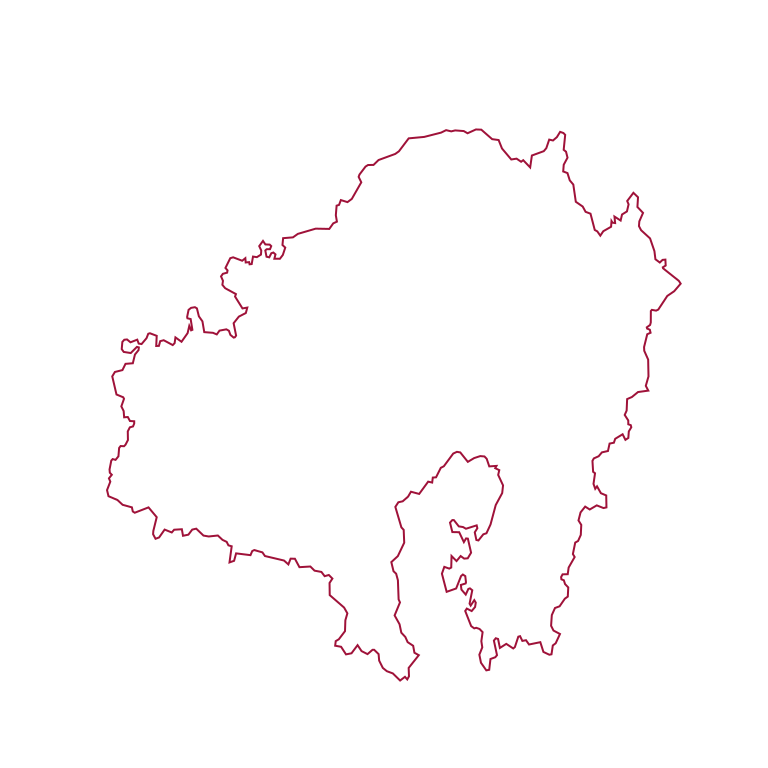 an SVG outline of Bashkortostan, rotated 103°
{"feature_id": "RUS-2378", "entity_name": "Bashkortostan", "entity_type": "Republic", "adm_level": 1, "iso_a3": "RUS", "parent_name": "Russia", "parent_adm1": "", "projection": "robinson", "projection_center": [56.933, 54.055], "detail": "fine", "context": "isolated", "style": "outline", "palette": "rose", "viewbox_px": 768, "rotation_deg": 103, "n_neighbors": 0, "source": "natural_earth", "source_scale": "10m", "svg_char_len": 6140}
<svg xmlns="http://www.w3.org/2000/svg" viewBox="0 0 768 768"><g transform="rotate(103 384 384)"><path d="M454.2,139.5L455.5,142.2L454.4,149.4L460.0,155.3L458.2,160.4L464.9,163.6L473.2,163.8L476.9,160.1L486.8,158.3L493.3,159.6L495.5,162.0L507.2,161.7L509.7,159.3L521.3,162.8L528.0,162.2L529.3,167.2L532.3,168.0L534.4,167.2L534.8,164.6L538.2,162.6L540.8,158.7L549.8,157.1L552.5,159.5L561.1,162.9L563.8,167.0L571.4,168.5L582.0,166.8L586.1,163.4L588.0,156.3L598.0,158.4L600.8,160.7L609.7,160.0L610.6,162.0L609.2,168.4L600.4,173.6L605.2,184.1L601.7,188.0L603.2,191.4L599.1,194.7L600.0,196.3L610.9,197.3L612.6,198.6L609.7,206.4L615.1,211.7L606.8,215.5L606.6,217.9L609.3,219.2L622.8,212.9L625.2,214.1L628.0,218.4L638.8,217.2L640.0,219.9L633.8,226.8L626.3,230.2L618.5,229.0L612.7,231.3L603.6,232.1L601.2,235.8L600.8,239.3L601.8,241.1L600.3,244.6L586.9,253.8L584.2,252.8L585.5,247.5L580.8,245.1L576.4,245.4L574.3,247.4L580.4,249.7L578.8,251.2L565.1,251.6L563.8,254.3L564.7,255.7L570.8,257.0L566.9,262.3L562.5,263.9L560.0,259.6L558.8,259.5L552.9,261.6L551.9,264.3L553.8,265.7L567.0,267.7L572.4,276.2L555.8,284.9L548.6,284.1L549.2,278.9L547.7,277.2L536.4,279.5L540.2,273.5L534.4,270.6L536.1,266.6L535.0,263.2L528.8,261.2L515.8,267.5L516.0,269.3L520.1,270.6L511.5,277.4L512.9,284.1L504.2,288.5L501.2,286.8L500.9,285.3L505.9,279.1L505.6,274.8L506.6,271.6L500.9,261.9L503.5,260.6L508.1,262.2L515.2,258.9L515.2,256.8L508.1,253.4L506.4,250.6L496.9,248.6L476.8,247.9L463.7,244.3L456.0,245.2L446.9,252.3L442.0,252.3L441.0,256.7L438.5,256.0L440.6,262.9L433.8,267.1L432.0,269.8L432.6,274.0L435.9,279.5L441.0,284.8L433.5,294.3L433.7,297.7L436.2,300.9L450.7,307.2L452.9,309.8L463.2,312.3L464.2,315.4L469.2,314.9L469.2,319.0L483.2,325.0L482.9,333.5L488.3,335.2L494.1,339.4L496.0,343.4L501.2,345.3L519.8,334.8L521.7,332.0L534.1,328.6L548.6,331.8L555.9,336.8L564.3,332.6L566.1,329.5L572.1,326.3L590.6,321.3L593.2,319.3L607.1,321.6L614.6,314.8L622.4,311.2L625.7,306.3L630.2,302.9L632.5,296.7L639.0,293.9L640.4,289.1L655.1,296.1L663.2,293.9L666.6,294.9L664.6,297.7L669.3,301.6L664.0,310.3L663.2,316.6L660.9,321.3L654.6,326.5L648.4,328.5L645.2,333.8L645.6,335.4L650.9,339.3L649.3,345.8L644.4,351.0L653.7,355.1L656.0,360.2L649.7,366.7L650.0,372.7L645.4,373.2L642.9,370.6L633.6,366.4L622.9,368.5L615.7,368.1L610.8,372.6L601.9,389.4L590.1,392.3L585.2,390.5L582.5,394.8L584.6,398.6L581.2,402.7L581.5,409.7L578.4,414.7L581.5,425.2L574.3,431.5L575.2,435.7L581.3,436.6L578.5,441.7L578.4,461.3L575.4,464.6L575.0,473.1L576.4,474.8L580.8,475.6L582.3,490.0L590.0,490.3L592.6,494.4L576.4,495.9L576.2,499.3L573.2,501.8L572.2,506.3L569.0,511.8L572.0,520.5L572.3,525.8L567.2,534.4L569.0,538.1L574.8,540.7L577.1,545.7L571.0,548.3L573.2,555.7L576.4,557.4L575.2,565.0L584.1,568.6L586.2,571.8L582.3,575.2L579.1,575.7L564.9,575.5L557.2,585.7L565.5,597.9L564.7,600.1L560.9,601.9L560.5,611.5L557.0,617.6L555.3,627.2L549.7,630.0L540.7,628.7L537.8,630.8L533.7,628.8L532.1,631.2L529.0,632.2L520.0,632.5L518.2,631.5L518.3,628.5L514.2,626.5L505.9,627.7L503.7,626.7L503.1,623.3L501.3,622.2L496.2,620.9L487.8,623.0L483.4,621.9L481.8,619.0L478.7,618.5L476.5,619.0L477.2,623.2L473.8,626.2L474.9,629.7L468.9,631.6L464.9,634.9L456.9,634.0L455.6,635.1L454.4,642.3L437.7,650.5L432.8,648.9L429.3,642.0L422.5,640.4L420.3,633.4L411.3,633.3L406.2,630.8L403.5,631.1L403.4,633.1L410.8,637.7L411.3,644.8L409.0,647.4L401.9,648.4L399.3,647.0L398.4,644.4L400.4,640.4L396.3,634.4L399.8,632.1L399.6,629.2L392.8,625.7L388.1,625.0L387.2,623.5L388.2,616.3L398.2,614.5L397.5,611.9L392.6,611.7L390.9,608.5L393.6,598.6L391.3,597.2L385.5,597.7L388.4,590.8L378.6,586.8L371.2,586.8L375.1,584.0L374.3,582.9L364.2,587.0L364.2,590.3L363.0,590.9L355.7,591.1L353.2,589.1L351.7,585.5L352.4,583.3L359.7,579.6L363.8,575.0L373.9,570.8L372.6,562.2L373.3,558.1L369.0,556.3L366.2,549.9L367.0,547.1L370.7,544.7L372.6,540.9L372.0,539.8L370.1,539.0L358.6,544.2L351.0,540.6L345.9,534.6L340.3,534.4L342.2,538.9L332.3,548.8L329.7,548.5L326.4,560.3L323.7,563.8L319.7,564.1L315.8,567.0L312.9,565.8L310.8,561.9L308.5,562.0L306.6,564.6L296.0,562.1L294.5,559.5L295.8,549.9L292.6,547.4L296.7,546.1L295.6,542.8L297.6,541.9L296.9,539.9L289.3,540.3L289.0,536.4L285.6,533.0L281.6,533.6L277.7,536.6L271.8,534.1L274.7,531.0L273.9,526.7L275.0,524.9L278.3,525.4L279.1,528.7L280.6,529.7L286.4,527.1L286.4,524.3L281.9,523.2L280.8,521.4L282.1,518.9L286.6,519.0L285.4,513.6L281.0,511.6L273.3,510.9L271.4,514.2L264.6,515.1L261.6,505.7L257.1,501.7L248.0,485.5L245.2,472.2L238.9,469.6L236.4,466.4L230.4,468.9L220.9,470.3L219.6,468.1L214.5,467.4L215.0,460.5L210.9,457.0L192.6,451.5L187.9,455.3L185.4,455.0L176.3,450.9L174.2,448.8L172.9,443.5L167.0,439.7L157.3,424.8L153.9,421.8L139.1,415.2L134.2,400.4L126.2,384.9L122.7,380.6L122.7,375.3L120.9,371.7L119.6,363.2L120.9,359.0L115.3,351.7L114.3,346.4L121.1,333.7L120.5,327.2L128.0,322.0L136.6,310.5L134.6,305.5L136.6,300.4L134.6,298.7L140.1,290.3L128.1,291.3L121.2,280.7L117.7,278.9L108.7,278.0L108.7,274.1L104.6,271.1L98.7,269.1L99.1,265.6L100.5,263.5L115.4,261.6L116.7,258.9L122.2,256.1L129.9,258.2L136.6,257.2L137.2,252.7L143.8,248.8L147.1,244.4L163.3,238.1L166.4,230.3L170.9,226.3L171.6,221.1L186.5,213.3L187.3,210.5L190.8,206.6L185.8,204.7L179.7,198.1L174.0,199.0L175.4,197.6L175.2,195.0L169.0,197.1L171.5,190.2L165.3,190.2L161.2,186.1L153.9,186.1L151.0,188.2L141.6,184.0L144.9,178.5L154.5,176.9L159.0,170.1L168.1,171.8L172.8,171.1L176.3,168.1L182.3,157.5L193.7,150.4L201.4,147.6L203.6,142.6L200.4,140.5L199.5,137.8L205.2,136.2L207.6,138.6L208.5,138.1L217.2,119.9L219.5,117.5L228.3,122.1L234.5,127.8L249.8,133.5L251.3,135.4L251.5,139.7L252.9,140.4L264.0,137.9L266.6,138.0L269.7,140.7L270.8,140.1L271.3,137.2L274.1,135.8L276.3,138.7L289.5,138.9L293.1,137.9L300.8,132.1L317.1,128.0L326.9,128.5L331.0,125.0L334.7,134.7L340.9,139.5L344.0,143.7L355.3,141.6L360.0,142.5L364.6,137.8L368.3,136.9L368.6,134.3L370.5,133.3L375.1,134.8L381.6,133.8L384.1,136.2L379.3,140.2L385.4,146.4L389.5,146.8L391.3,150.8L398.9,150.7L401.6,156.3L406.1,158.6L409.3,162.8L412.0,163.6L422.5,160.5L423.5,158.3L434.2,157.4L438.6,154.6L435.8,153.4L441.6,148.1L442.6,142.4L454.2,139.5Z" fill="none" stroke="#9f1239" stroke-width="2"/></g></svg>